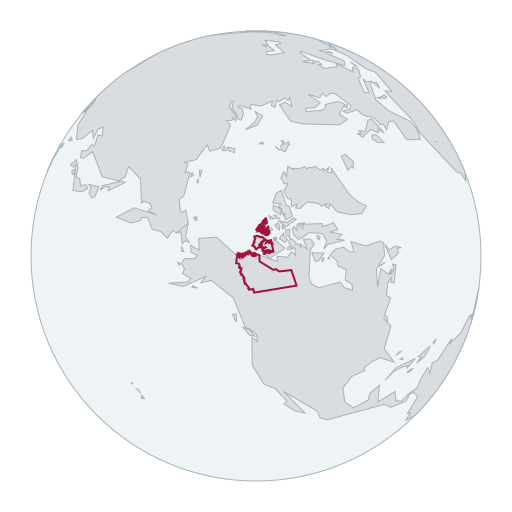 Northwest Territories on an orthographic globe
{"feature_id": "CAN-635", "entity_name": "Northwest Territories", "entity_type": "Territory", "adm_level": 1, "iso_a3": "CAN", "parent_name": "Canada", "parent_adm1": "", "projection": "orthographic", "projection_center": [-123.126, 69.383], "detail": "fine", "context": "on_globe", "style": "outline", "palette": "rose", "viewbox_px": 512, "rotation_deg": 0, "n_neighbors": 0, "source": "natural_earth", "source_scale": "10m", "svg_char_len": 16394}
<svg xmlns="http://www.w3.org/2000/svg" viewBox="0 0 512 512"><circle cx="256" cy="256" r="225" fill="#eef3f6" stroke="#a8b0b8"/><path d="M415.5,415.1L405.5,420.6L410.5,412.8L407.3,413.7L417.7,396.8L413.5,392.2L409.4,394.6L406.2,400.9L391.0,407.2L383.7,404.5L327.8,419.7L320.1,417.8L317.1,411.1L283.8,391.5L305.0,413.1L294.8,410.8L284.0,403.9L286.8,401.0L275.2,388.6L264.1,384.3L252.2,365.4L251.9,337.4L257.4,341.4L256.7,334.5L249.7,329.1L245.3,327.3L233.4,298.0L211.4,280.4L200.7,282.8L206.0,276.3L183.2,286.5L168.8,283.2L187.4,282.1L191.1,278.4L182.5,273.6L184.5,268.8L181.5,263.8L184.6,258.6L195.2,258.6L197.4,255.3L191.2,252.2L190.4,245.2L199.2,250.2L198.7,238.5L216.3,237.1L237.2,255.8L249.4,251.4L277.3,261.4L277.2,256.3L287.6,257.2L291.4,251.7L295.5,255.3L294.9,247.9L290.4,245.6L288.7,241.6L290.4,238.2L296.0,242.2L295.9,244.5L298.5,243.9L300.5,247.4L300.5,243.8L307.0,249.2L303.3,239.0L310.7,239.2L314.3,244.1L310.4,249.9L308.9,276.5L311.3,283.7L318.7,287.8L340.2,282.0L344.4,287.6L352.6,290.4L352.0,284.4L345.3,280.0L346.2,269.7L337.9,265.9L337.1,261.2L330.0,255.0L335.0,249.3L343.7,247.2L349.8,252.2L353.8,251.5L351.1,241.5L365.6,246.0L380.4,240.9L383.7,243.0L384.5,256.0L376.5,269.0L377.5,286.9L380.8,268.7L389.1,274.6L392.1,272.9L394.0,268.8L392.4,264.1L396.0,264.9L394.1,282.9L390.8,282.5L391.4,276.7L387.7,283.0L386.5,295.6L390.7,297.8L384.4,315.3L387.3,317.1L387.6,322.1L383.3,317.9L390.9,326.0L384.1,348.8L394.3,362.3L380.0,357.6L372.2,361.6L363.6,368.1L365.2,370.5L351.7,376.4L342.9,388.1L344.8,402.0L353.5,407.9L368.1,400.1L370.1,392.9L379.4,385.4L377.8,402.0L394.9,391.6L396.1,400.8L401.7,401.0L409.0,393.4L417.0,388.1L420.9,378.6L427.9,367.5L429.9,373.3L432.3,362.8L437.3,360.6L450.1,340.9L449.6,343.8L460.7,333.1L469.4,315.8L471.5,314.7L470.8,319.4L473.1,312.7L473.1,313.9L479.1,286.9L476.3,302.9L472.4,318.6L467.4,333.9L461.2,348.9L454.0,363.4L445.8,377.3L436.6,390.6L426.5,403.3L415.5,415.1ZM141.3,398.4L141.7,394.9L144.5,398.6L141.3,398.4ZM140.0,391.7L140.2,393.1L139.6,391.7L140.0,391.7ZM138.2,390.0L139.5,391.2L137.9,390.2L138.2,390.0ZM135.6,388.1L137.1,389.0L136.8,389.0L135.6,388.1ZM396.0,367.8L415.4,358.4L406.8,368.4L408.0,365.5L402.6,366.9L393.3,371.6L385.1,380.3L396.0,367.8ZM132.1,384.0L131.3,382.9L132.7,383.4L132.1,384.0ZM399.2,353.1L396.1,355.3L398.8,352.6L399.2,353.1ZM243.0,327.3L249.4,329.5L255.0,336.3L249.5,335.0L243.0,327.3ZM232.7,314.4L236.2,313.9L236.6,321.4L234.5,319.3L232.7,314.4ZM192.6,285.8L197.4,287.9L192.1,287.5L192.6,285.8ZM180.5,264.1L178.5,265.1L177.8,262.1L180.5,264.1ZM327.8,258.6L328.9,256.9L329.6,258.9L327.8,258.6ZM323.7,257.6L323.7,261.2L321.8,261.3L321.8,259.1L323.7,257.6ZM181.9,251.4L181.3,246.4L183.7,251.5L181.9,251.4ZM324.0,253.1L318.3,261.0L314.9,261.1L312.0,252.7L324.0,253.1ZM182.2,243.5L180.8,231.8L176.2,232.9L188.3,223.3L185.5,236.4L189.2,242.3L184.9,240.9L182.2,243.5ZM288.2,246.3L293.1,248.6L287.4,249.9L288.2,246.3ZM285.0,248.2L270.0,258.2L263.8,253.4L270.1,250.9L260.6,247.3L264.9,240.0L271.1,240.3L274.3,244.8L273.5,238.6L285.0,248.2ZM195.2,220.1L196.4,217.3L197.1,220.2L195.2,220.1ZM287.5,240.1L285.1,242.5L279.4,238.5L283.4,233.0L283.9,236.0L287.5,240.1ZM256.0,250.0L252.6,246.2L255.1,239.1L254.1,236.7L264.5,239.4L256.0,250.0ZM286.1,235.2L285.5,230.3L289.8,229.2L289.6,237.5L286.1,235.2ZM276.4,239.8L273.9,237.6L276.5,237.0L276.4,239.8ZM304.5,222.8L301.7,225.6L298.6,223.7L304.5,222.8ZM285.0,228.5L283.5,228.9L282.0,228.6L282.5,225.2L285.0,228.5ZM265.5,234.3L267.3,232.3L261.4,232.8L263.1,227.7L269.7,230.5L267.6,227.2L268.1,225.6L272.9,229.7L265.5,234.3ZM278.2,220.6L287.3,222.6L293.2,217.8L296.2,219.3L286.1,226.9L278.2,220.6ZM274.7,225.6L277.6,222.8L279.8,226.0L279.2,229.9L274.7,225.6ZM261.8,223.3L257.6,230.4L256.3,229.6L261.8,223.3ZM279.5,218.6L277.3,218.2L279.7,217.9L279.5,218.6ZM266.8,221.1L265.4,223.7L264.0,222.7L266.8,221.1ZM274.0,215.2L276.9,215.8L276.6,218.4L274.0,215.2ZM270.3,217.4L268.7,215.4L274.8,219.0L270.0,218.7L270.3,217.4ZM265.6,219.7L264.3,219.9L266.4,218.8L265.6,219.7ZM273.5,205.1L281.3,209.1L280.6,214.7L273.1,210.1L273.5,205.1ZM464.7,171.1L466.0,181.3L460.8,172.8L456.8,172.0L418.6,131.4L413.9,121.6L387.7,94.3L385.1,90.8L391.9,91.3L375.2,72.1L365.5,68.5L346.7,55.4L331.8,48.9L319.9,50.4L344.3,61.0L344.8,65.6L322.4,59.1L300.6,51.2L300.1,52.7L310.8,60.3L302.6,61.5L314.1,63.5L311.8,60.5L318.9,61.8L321.5,64.6L318.5,64.8L324.2,68.3L336.9,66.8L335.9,63.6L352.8,71.7L352.7,67.3L358.4,68.9L360.6,77.0L358.0,78.1L364.7,92.9L369.0,92.4L362.9,78.6L366.2,81.6L372.0,81.3L370.2,84.0L375.7,99.6L388.7,110.8L410.9,121.6L417.4,130.0L420.4,139.2L406.8,139.8L393.8,121.1L388.8,121.5L386.7,129.9L382.9,123.6L380.4,124.9L375.1,118.6L362.9,114.9L356.7,109.6L347.4,113.3L342.9,111.1L349.7,109.5L351.1,105.6L335.3,93.8L330.9,93.0L326.1,96.5L322.3,92.9L319.7,97.8L308.4,94.1L320.1,102.9L314.8,107.6L305.5,108.4L305.9,111.6L321.0,110.5L325.1,108.7L325.3,104.5L338.4,101.4L344.8,104.4L339.0,114.0L347.5,119.5L339.3,124.8L303.5,124.0L290.9,121.3L279.5,105.0L285.1,102.2L291.9,106.6L289.7,97.4L287.9,100.6L284.8,97.8L278.9,101.9L276.4,100.1L275.1,107.2L271.4,105.5L272.3,101.1L260.5,106.1L251.5,104.4L250.1,106.4L251.0,109.0L239.0,105.3L238.5,107.0L242.2,108.9L243.5,113.4L241.1,120.2L237.1,118.5L237.4,115.9L232.0,108.0L233.5,101.3L231.6,101.4L229.4,106.8L236.0,116.4L235.7,120.9L231.7,116.7L233.1,118.6L231.7,120.4L226.6,120.6L230.6,125.5L220.6,148.1L209.7,151.2L207.3,144.7L196.1,159.6L184.6,162.5L188.0,164.0L185.0,172.6L188.6,171.8L190.0,173.3L183.8,195.6L179.2,199.7L180.5,211.7L182.3,212.6L185.7,210.1L188.3,223.3L176.2,232.9L172.8,230.3L167.5,238.2L160.5,231.3L152.3,229.5L147.7,217.7L141.5,217.5L140.2,220.7L130.9,223.0L116.4,217.2L134.1,207.8L157.0,215.0L148.2,210.7L152.0,207.6L149.9,203.6L143.5,201.0L141.6,203.3L140.5,179.1L128.6,166.4L125.2,176.7L118.7,180.9L102.2,176.7L92.6,151.6L83.8,158.0L80.5,157.7L81.7,150.6L86.7,150.7L91.8,144.5L94.4,145.8L98.2,134.7L102.1,136.1L103.1,127.1L98.0,129.3L93.3,138.3L92.5,130.2L82.2,138.6L76.4,139.4L77.9,125.2L86.5,111.4L86.0,111.0L91.9,105.1L96.0,99.0L82.2,112.6L82.0,112.9L97.7,95.7L115.1,80.2L116.6,79.0L121.4,75.3L125.0,72.7L125.9,72.2L138.2,65.2L150.9,57.2L160.5,52.0L178.7,44.4L197.6,38.4L199.0,38.1L206.5,36.2L222.4,34.1L254.1,31.6L257.3,32.2L263.6,32.0L274.6,33.3L278.9,35.1L286.2,35.9L274.2,31.9L266.3,31.4L257.8,31.9L256.1,31.2L245.3,31.1L250.9,30.8L267.2,31.0L283.4,32.4L299.5,35.0L315.3,38.7L331.2,46.5L329.3,46.6L329.4,47.0L333.8,47.2L336.9,50.0L327.5,42.6L327.1,42.2L342.2,47.9L357.0,54.6L371.2,62.4L384.8,71.2L397.8,80.9L410.0,91.6L421.4,103.1L432.0,115.3L441.6,128.4L450.3,142.0L458.0,156.3L464.7,171.1ZM435.6,141.3L437.6,141.8L435.6,141.3ZM279.8,42.0L265.2,40.3L267.8,45.0L262.3,44.9L265.2,46.6L268.0,45.4L274.4,50.6L266.6,51.6L266.3,54.3L271.2,55.0L284.4,52.6L275.4,44.9L280.5,43.6L279.8,42.0ZM450.4,340.2L452.2,338.9L450.3,342.2L450.4,340.2ZM406.9,372.5L410.4,369.4L412.6,368.7L410.2,371.6L406.9,372.5ZM433.1,342.5L436.5,338.7L433.6,343.9L433.1,342.5ZM418.1,356.6L430.5,345.8L424.6,356.5L416.6,363.2L421.4,356.9L418.1,356.6ZM400.2,359.3L402.6,357.8L402.7,359.8L400.2,359.3ZM401.2,351.2L400.5,352.1L398.7,352.0L401.2,351.2ZM389.2,273.5L389.4,272.1L391.9,268.7L391.9,271.7L389.2,273.5ZM395.6,245.9L401.4,247.7L397.3,248.3L398.5,252.7L391.4,259.8L385.0,244.4L389.1,250.0L395.6,245.9ZM380.2,265.2L385.4,262.3L379.9,266.1L380.2,265.2ZM372.2,138.9L371.9,135.0L376.3,134.9L384.0,142.4L377.8,142.5L372.2,138.9ZM370.5,129.5L362.6,137.3L357.4,133.2L361.7,134.1L359.0,130.6L365.2,131.3L368.0,120.0L372.0,119.3L384.2,133.0L378.0,128.8L378.6,132.8L370.5,129.5ZM351.4,166.5L347.9,170.4L341.3,156.4L345.3,154.4L353.3,161.5L353.3,168.1L351.4,166.5ZM320.1,237.0L319.2,239.8L317.7,238.6L317.2,235.3L320.1,237.0ZM303.5,224.2L322.5,223.6L322.4,226.7L333.6,222.9L337.8,229.7L330.4,231.9L342.0,234.5L337.0,239.2L344.9,240.1L327.9,244.3L323.9,248.9L326.8,241.1L323.1,234.6L320.3,233.2L309.3,232.7L298.7,239.6L293.4,234.5L292.4,229.0L294.1,226.6L297.0,230.6L297.2,224.5L302.8,228.5L303.5,224.2ZM283.9,171.6L286.6,176.8L287.9,166.2L293.4,169.7L293.2,168.3L298.7,168.7L305.1,166.7L307.1,169.1L308.7,167.4L312.4,167.7L315.2,166.1L319.8,170.0L323.7,168.4L323.7,171.1L329.1,167.4L327.1,171.9L331.7,173.0L331.2,168.0L348.9,194.0L357.9,201.8L366.5,205.9L361.9,213.5L350.9,214.7L337.6,212.0L329.6,203.5L329.0,208.6L325.0,206.2L327.2,203.2L321.4,206.3L318.7,203.5L306.9,201.9L300.2,208.4L295.8,208.1L297.0,204.1L291.7,206.6L290.9,198.9L287.7,198.6L283.8,190.8L288.0,183.6L284.1,183.7L280.9,178.0L283.9,171.6ZM272.6,202.8L276.4,193.1L281.3,190.3L286.1,205.1L289.2,206.5L292.4,216.1L285.2,219.9L284.9,216.8L283.0,214.7L286.0,214.3L282.2,213.0L281.7,208.7L278.5,206.6L280.6,204.0L272.6,202.8ZM379.8,88.3L377.3,85.9L372.9,82.6L376.5,82.5L379.8,88.3ZM383.9,98.9L381.3,96.9L384.1,94.8L386.7,97.5L383.9,98.9ZM377.4,97.7L380.9,97.0L380.6,98.9L377.4,97.7ZM347.1,108.0L344.0,106.3L344.7,105.1L347.5,104.9L347.1,108.0ZM288.9,141.8L289.6,145.0L288.1,145.3L285.3,151.9L281.0,149.9L281.0,145.2L288.9,141.8ZM325.4,51.3L331.1,52.2L332.8,53.6L330.5,52.9L325.4,51.3ZM356.1,66.4L350.2,62.0L357.1,66.4L356.1,66.4ZM283.7,140.7L283.0,143.6L281.2,140.9L283.7,140.7ZM277.6,148.9L275.1,146.2L280.1,150.4L277.6,148.9ZM60.8,143.5L59.9,145.4L59.0,146.8L59.8,145.2L60.8,143.5ZM58.5,148.7L57.4,150.1L60.0,145.9L58.5,148.7ZM84.5,111.7L88.2,107.1L89.1,106.5L85.0,112.1L84.5,111.7ZM72.0,140.4L68.9,141.0L68.4,140.2L71.6,137.2L72.0,140.4ZM245.5,129.8L254.3,122.6L257.7,116.6L255.1,111.5L262.6,115.7L257.3,125.1L245.5,129.8ZM224.1,145.9L226.4,150.6L223.0,150.9L222.0,149.8L224.1,145.9ZM227.2,147.1L234.7,148.6L234.4,152.7L228.6,150.7L227.2,147.1ZM259.4,143.8L262.3,141.8L263.7,144.0L259.4,143.8ZM51.3,162.0L49.4,166.5L46.7,172.5L51.3,162.0ZM51.8,161.1L53.9,156.5L52.3,160.4L51.8,161.1ZM55.0,154.4L56.2,152.5L54.0,156.9L55.0,154.4ZM50.5,164.0L51.6,162.9L49.7,166.3L50.5,164.0ZM59.5,148.1L53.3,159.0L59.8,146.5L64.2,142.7L61.8,147.5L59.5,148.1ZM72.0,170.6L74.9,169.5L73.8,174.5L72.1,173.9L72.0,170.6ZM73.0,190.5L74.5,175.5L76.1,163.9L73.7,167.3L70.6,164.7L76.4,159.6L78.1,167.7L76.1,176.6L79.6,178.4L80.5,185.5L86.1,184.9L87.7,188.4L82.0,191.7L73.0,190.5ZM88.7,184.4L98.8,186.7L95.1,196.4L92.0,198.1L88.9,192.8L91.1,188.0L88.7,184.4ZM100.2,190.2L102.4,185.7L121.9,181.0L125.1,182.5L108.2,190.8L109.4,187.0L105.3,186.5L100.2,190.2ZM194.0,217.0L196.2,217.3L194.1,218.9L194.0,217.0ZM192.0,172.6L193.6,174.9L191.0,176.6L192.0,172.6ZM196.6,182.1L198.4,178.6L198.1,183.0L196.6,182.1ZM202.0,170.7L199.9,177.5L199.5,170.1L202.0,170.7Z" fill="#d9dde1" stroke="#a8b0b8" stroke-width="1"/><path d="M237.3,255.8L238.9,257.2L238.6,256.3L238.8,256.4L238.0,255.8L238.7,255.6L238.2,255.3L238.2,254.8L238.9,255.4L238.4,254.5L239.4,254.8L239.3,254.2L239.5,254.0L240.4,254.3L240.3,254.0L240.7,253.6L240.6,253.2L241.0,254.0L241.5,254.1L240.7,255.0L240.4,255.5L242.4,254.7L242.7,253.8L243.2,254.0L243.5,253.9L243.1,253.9L243.2,253.6L243.7,253.9L244.9,253.0L245.1,253.5L245.6,252.5L246.9,252.8L247.3,252.0L247.6,252.7L245.3,254.6L245.2,254.3L243.9,254.5L243.2,255.6L243.1,255.3L242.9,255.9L243.0,255.4L242.6,255.4L242.4,255.9L242.3,256.5L242.1,256.1L241.4,256.9L241.7,257.4L242.1,257.6L241.5,256.9L242.8,257.3L242.9,257.0L242.4,257.0L242.6,256.7L242.4,256.2L243.0,255.9L243.1,255.6L243.0,256.1L243.2,255.6L243.3,256.0L244.2,255.1L243.9,255.0L244.6,255.0L244.4,255.4L244.9,254.8L244.6,255.5L244.9,255.2L244.9,254.5L244.9,255.3L245.1,254.4L244.9,255.5L245.3,254.7L245.0,255.5L245.3,255.3L245.0,256.0L245.1,256.3L245.2,255.7L246.1,254.2L248.3,253.3L248.1,253.8L247.8,253.8L247.8,254.3L248.1,254.4L249.0,253.4L249.0,252.8L250.2,252.5L249.3,251.8L249.6,251.0L250.7,252.4L251.1,254.3L251.7,255.3L252.8,256.2L253.3,255.7L252.5,255.8L253.3,255.5L252.8,255.0L252.9,254.7L253.7,254.7L253.1,254.3L254.0,253.6L253.2,253.5L254.3,253.4L253.8,253.1L254.1,252.9L254.3,253.3L254.1,253.7L254.3,254.1L254.1,254.6L254.8,254.8L254.1,255.9L254.2,256.0L255.6,255.9L256.2,254.2L259.2,255.0L259.4,255.3L259.6,261.4L273.2,269.8L276.2,269.2L278.5,271.1L279.5,271.4L291.3,270.1L296.6,285.6L254.2,292.6L253.9,290.9L253.1,290.0L253.4,289.6L253.2,288.9L251.7,289.6L250.7,289.1L248.9,289.6L248.8,288.4L248.4,288.3L248.7,287.9L248.5,286.8L247.3,286.1L246.0,284.0L244.7,283.8L244.8,282.7L245.0,282.5L244.4,282.1L244.1,280.9L244.5,280.2L243.6,279.3L244.3,278.5L243.5,277.6L243.9,277.2L242.7,276.1L242.4,274.6L241.3,274.6L241.6,274.1L240.2,272.7L240.8,271.9L240.2,271.1L241.4,269.8L240.9,268.7L241.3,268.3L239.3,268.0L239.2,267.6L239.6,266.9L239.2,266.6L239.7,265.7L239.2,264.0L239.7,263.9L236.1,263.2L236.6,261.3L236.3,260.4L237.3,255.8ZM264.9,254.6L264.0,254.1L263.6,253.3L267.4,251.5L270.0,251.6L271.4,251.0L267.8,249.9L265.9,250.7L263.1,250.8L262.0,249.4L265.3,247.6L264.7,247.4L265.6,247.3L266.0,246.9L263.2,247.8L262.9,247.3L263.0,247.9L262.2,247.9L262.0,247.6L262.8,247.1L262.4,246.9L262.7,246.7L261.0,247.0L261.0,245.8L262.0,244.5L261.4,243.6L262.6,241.8L265.6,239.6L266.4,240.5L266.6,241.7L266.1,242.8L267.2,242.1L267.0,242.5L267.1,242.4L267.3,242.1L267.0,241.8L267.2,241.2L267.6,240.8L269.8,241.5L269.8,242.1L269.3,243.0L269.6,243.0L269.6,243.6L269.9,242.5L269.9,243.0L270.4,243.2L270.2,242.7L270.5,242.0L271.4,242.3L273.5,251.7L270.2,252.3L270.1,252.8L270.4,252.8L269.8,253.1L269.7,252.4L264.1,253.2L264.1,253.6L264.9,254.6ZM264.7,239.2L260.6,243.1L260.5,244.2L259.4,244.6L259.6,245.1L259.3,245.8L259.4,246.8L259.1,247.6L257.8,247.8L256.4,249.3L255.8,249.1L254.8,246.9L253.4,245.8L253.8,245.8L252.7,245.8L253.3,244.0L253.8,243.4L253.7,243.2L253.9,242.9L253.7,242.3L254.4,242.0L254.0,241.4L255.3,238.8L254.8,238.3L254.3,236.5L257.6,235.7L259.9,236.8L259.6,237.4L259.6,237.6L259.9,236.9L260.3,236.9L260.4,237.4L260.3,237.8L260.7,236.8L262.1,236.7L264.7,239.2ZM269.4,233.1L268.0,234.8L266.4,235.4L265.0,234.6L266.5,233.1L267.7,232.8L268.1,231.8L266.8,232.5L266.7,232.4L266.8,232.1L266.4,232.0L266.3,232.7L265.3,233.0L265.5,232.5L265.2,232.5L265.2,232.0L265.3,231.9L265.7,231.5L264.9,231.4L264.9,232.4L264.6,232.1L264.5,232.3L264.8,232.6L264.8,233.1L264.2,233.5L263.9,232.7L263.5,232.9L263.7,233.3L263.5,233.6L262.9,233.3L263.1,233.0L262.8,233.1L262.9,232.7L262.4,233.1L261.4,232.7L261.8,231.8L263.0,231.7L263.9,230.7L261.7,231.3L262.0,230.6L263.9,230.0L262.1,230.0L262.3,229.8L262.1,229.6L262.1,229.2L262.5,228.9L263.9,228.9L262.7,228.5L263.7,227.5L264.2,227.6L264.6,228.7L266.0,228.5L265.9,228.7L266.8,229.4L266.4,229.8L267.1,229.6L267.6,230.8L268.8,230.4L269.4,233.1ZM259.9,229.4L259.4,228.5L259.2,228.6L259.4,229.5L259.1,229.5L259.5,230.0L258.6,230.7L258.6,230.1L258.3,230.0L258.3,229.4L258.1,229.2L258.0,229.5L258.1,230.2L257.7,230.4L257.2,229.9L256.7,230.3L256.4,230.1L256.6,229.6L256.4,229.6L256.6,229.5L256.5,229.4L256.1,229.7L256.7,228.5L257.5,228.3L257.8,227.3L258.5,226.8L259.4,224.8L261.3,224.7L261.1,224.5L261.5,224.3L261.1,224.1L261.7,223.6L262.7,224.5L261.9,225.3L262.5,225.9L262.0,226.1L262.5,226.9L261.6,227.6L261.7,228.4L261.6,228.6L260.7,228.2L260.8,226.8L260.7,226.6L260.2,227.1L260.4,227.7L259.8,227.9L260.2,228.5L259.9,229.4ZM266.7,221.4L266.0,221.8L266.7,222.0L266.9,222.5L266.9,223.0L265.5,224.0L264.4,223.4L264.3,223.2L264.1,222.3L265.5,221.0L266.5,220.7L266.7,221.4ZM266.3,219.9L265.4,219.8L265.0,220.4L263.7,220.3L265.6,218.3L266.0,218.5L266.3,219.9ZM261.3,229.4L260.4,231.8L259.6,231.5L260.3,230.2L261.3,229.4ZM263.1,221.4L263.9,222.4L263.4,222.8L262.5,222.0L263.1,221.4ZM263.4,226.6L264.2,225.9L264.7,226.3L264.5,226.6L263.4,226.6ZM271.2,241.1L270.9,241.2L270.1,240.4L271.0,240.2L271.2,241.1ZM268.2,227.8L267.8,227.6L267.7,227.1L268.0,226.9L268.2,227.8ZM257.8,231.0L258.2,230.3L258.1,230.9L257.8,231.0ZM271.1,241.3L271.1,241.5L270.9,241.5L271.1,241.3ZM270.2,250.9L271.1,250.9L270.5,251.1L270.2,250.9ZM249.3,250.8L249.5,250.9L249.2,251.1L249.3,250.8ZM263.7,250.9L264.2,251.0L263.6,251.0L263.7,250.9ZM237.8,255.1L238.0,255.1L238.1,255.3L237.8,255.1ZM238.9,254.2L239.2,254.3L239.3,254.5L239.2,254.6L238.9,254.2ZM239.2,253.5L239.2,253.3L239.3,253.3L239.2,253.5ZM264.7,251.0L265.1,250.9L264.7,251.0L264.7,251.0ZM271.2,241.9L271.3,242.1L271.0,241.9L271.2,241.9ZM238.6,253.7L238.9,254.0L238.6,253.8L238.6,253.7ZM241.4,253.9L241.1,253.9L241.4,253.9L241.4,253.9ZM269.1,251.3L269.3,251.3L269.1,251.3ZM264.3,251.0L264.5,250.9L264.3,251.0ZM265.4,250.8L265.5,250.7L265.2,250.9L265.4,250.8ZM264.3,251.1L264.6,251.3L264.2,251.1L264.3,251.1ZM253.6,252.9L253.4,253.1L253.4,252.9L253.6,252.9ZM270.7,241.8L270.8,241.9L270.6,241.9L270.7,241.8ZM270.7,241.7L270.9,241.8L270.7,241.8L270.7,241.7Z" fill="none" stroke="#9f1239" stroke-width="2"/></svg>